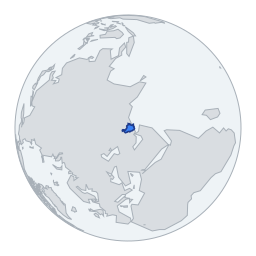 Sistan and Baluchestan on an orthographic globe, rotated 242°
{"feature_id": "IRN-3247", "entity_name": "Sistan and Baluchestan", "entity_type": "Province", "adm_level": 1, "iso_a3": "IRN", "parent_name": "Iran", "parent_adm1": "", "projection": "orthographic", "projection_center": [61.271, 28.254], "detail": "fine", "context": "on_globe", "style": "filled", "palette": "blue", "viewbox_px": 256, "rotation_deg": 242, "n_neighbors": 0, "source": "natural_earth", "source_scale": "10m", "svg_char_len": 12087}
<svg xmlns="http://www.w3.org/2000/svg" viewBox="0 0 256 256"><g transform="rotate(242 128 128)"><circle cx="128" cy="128" r="113" fill="#eef3f6" stroke="#a8b0b8"/><path d="M149.6,17.4L154.1,18.5L159.4,19.9L156.6,19.2L168.2,22.8L175.2,25.8L166.0,22.0L164.1,21.4L168.1,23.0L167.0,22.8L168.3,23.6L166.6,23.3L161.3,21.5L160.1,21.4L163.1,22.6L163.2,23.3L159.1,21.5L158.9,22.6L150.1,20.5L140.4,17.2L134.2,16.9L120.6,16.2L120.5,16.5L115.3,16.9L113.2,17.5L111.3,17.5L111.3,18.0L113.5,17.9L114.2,18.2L113.2,18.6L110.5,18.6L110.7,18.4L109.4,18.6L108.5,18.5L108.3,18.8L105.3,18.9L106.8,19.5L103.0,20.2L101.4,20.1L103.6,19.2L105.3,17.7L104.6,17.8L113.5,16.3L122.5,15.5L131.6,15.4L140.6,16.1L149.6,17.4ZM86.9,23.1L86.3,23.4L90.3,22.0L90.6,22.1L93.9,21.3L91.2,22.6L86.8,24.3L83.9,25.1L81.8,26.0L82.8,26.3L75.7,29.3L68.0,34.0L66.4,34.8L66.4,34.0L71.0,30.9L78.8,26.7L86.9,23.1ZM69.2,31.9L68.7,32.2L66.5,33.6L69.2,31.9ZM62.6,36.3L62.1,36.7L62.7,36.3L60.9,37.6L61.3,37.2L62.6,36.3ZM163.6,21.1L161.2,20.4L163.9,21.2L163.6,21.1ZM168.8,23.8L169.8,24.1L170.1,24.4L168.8,23.8ZM95.2,20.8L94.6,21.0L94.3,21.0L95.2,20.8ZM97.2,20.2L97.3,20.0L98.3,19.8L98.2,19.9L97.2,20.2ZM167.7,24.3L167.7,24.8L166.8,23.9L167.7,24.3ZM96.9,20.6L100.0,19.3L101.8,18.9L102.9,19.1L96.9,20.6ZM167.2,24.9L167.5,26.5L169.8,27.3L163.5,26.2L165.3,25.0L163.7,23.8L165.8,24.7L167.2,24.9ZM114.6,17.7L112.3,17.8L115.1,17.4L114.6,17.7ZM116.3,17.4L124.1,16.2L127.1,16.5L123.8,16.7L128.4,17.0L126.0,17.7L122.9,17.7L121.5,17.3L121.7,17.9L116.3,17.4ZM159.9,25.5L159.2,25.7L159.0,25.2L159.9,25.5ZM114.7,18.3L116.0,17.9L118.7,18.1L116.5,18.9L116.4,18.5L114.7,18.3ZM130.8,16.8L132.4,17.2L130.9,17.9L131.3,18.1L126.2,17.7L130.8,16.8ZM115.3,18.7L115.4,19.3L113.2,19.6L113.6,18.6L115.3,18.7ZM120.3,17.9L121.4,18.0L120.1,18.2L120.3,17.9ZM105.5,21.6L107.1,21.0L108.6,21.0L105.5,21.6ZM115.6,19.5L116.3,19.3L117.1,19.3L116.7,19.8L115.6,19.5ZM125.5,18.3L124.5,18.5L127.5,18.5L126.5,19.1L123.3,18.8L124.2,19.2L123.9,19.4L121.6,18.9L125.5,18.3ZM118.6,20.3L114.2,20.4L111.0,21.4L109.6,21.4L114.9,19.7L118.6,20.3ZM120.6,19.5L119.1,19.9L118.0,19.6L118.5,19.1L120.6,19.5ZM126.9,19.7L129.3,18.8L129.9,18.9L126.9,19.7ZM117.9,20.6L119.0,20.6L117.8,20.7L117.9,20.6ZM124.4,20.0L125.1,19.6L125.8,19.8L124.4,20.0ZM120.5,21.0L119.1,21.0L119.3,20.6L120.5,21.0ZM122.5,20.6L123.2,20.9L120.3,20.4L122.7,20.4L122.5,20.6ZM124.9,20.2L125.6,20.2L124.5,20.3L124.9,20.2ZM120.4,22.7L116.7,22.2L117.2,21.2L120.8,21.8L120.4,22.7ZM21.1,131.6L21.1,112.7L23.5,108.2L25.7,101.1L43.7,86.8L45.6,90.3L57.7,94.0L58.8,95.7L55.3,100.8L62.7,112.1L67.5,108.6L76.3,115.8L83.4,117.5L89.7,107.5L78.0,104.4L78.0,98.6L89.0,96.6L99.6,99.8L99.9,97.7L95.0,91.7L99.2,88.6L93.5,89.3L94.5,91.8L91.0,92.5L89.8,90.3L91.4,89.2L88.7,87.5L82.1,93.6L82.4,96.8L74.3,95.7L74.0,101.0L71.2,102.6L70.6,94.2L72.0,91.7L69.5,81.8L67.2,84.2L69.5,93.9L68.0,92.6L65.0,96.6L66.1,92.6L64.2,81.9L58.1,80.8L47.2,87.9L44.3,86.9L43.2,82.9L50.3,73.2L56.1,76.7L58.6,73.7L60.1,67.9L61.8,69.6L63.1,67.8L65.5,69.0L71.6,66.3L74.4,67.2L79.3,62.2L81.5,62.1L77.9,65.0L77.0,67.7L84.5,70.5L86.7,69.9L89.3,66.5L91.0,67.9L92.5,64.3L98.1,64.6L92.6,61.4L95.5,57.9L100.2,56.2L100.2,54.6L92.5,57.5L90.4,59.3L90.1,61.6L83.3,66.5L80.2,66.5L83.6,59.6L79.6,59.0L84.0,54.3L102.0,48.5L108.2,48.5L113.1,55.5L110.2,57.3L107.0,55.6L107.6,60.4L108.7,58.4L110.1,59.7L113.2,57.1L114.4,58.0L115.4,54.2L117.2,54.9L116.5,57.3L122.7,54.5L127.0,55.6L127.9,54.6L127.5,53.2L133.3,55.7L133.7,54.9L131.9,53.7L131.5,51.4L133.0,48.5L134.9,49.5L134.6,50.7L136.9,54.9L135.9,58.2L136.8,58.4L138.2,55.8L135.3,50.5L135.7,48.5L137.5,50.7L136.9,49.8L137.6,49.1L140.2,49.4L138.4,47.0L144.4,39.4L150.0,39.7L150.9,42.2L157.0,39.0L162.8,40.3L161.2,39.1L163.1,37.3L161.3,36.8L160.6,36.1L164.6,31.9L167.0,32.0L166.9,29.5L166.0,29.0L164.2,28.7L163.5,26.2L169.8,27.3L171.4,28.3L174.2,28.5L177.4,31.0L181.4,33.4L183.3,36.5L186.2,38.4L187.0,38.3L191.7,41.1L198.5,47.7L189.5,42.6L178.6,34.3L182.7,37.6L180.8,37.1L181.6,38.4L184.7,40.9L185.6,41.0L185.2,47.2L190.5,55.6L192.6,53.7L196.0,55.2L203.8,64.6L207.3,81.0L211.8,84.5L213.4,87.4L212.4,90.4L210.0,86.1L207.3,85.5L206.1,82.8L203.8,86.6L202.0,82.9L201.0,87.9L203.5,90.3L206.3,88.1L206.2,94.5L211.5,98.1L214.3,104.3L212.7,118.0L207.8,124.0L207.9,126.2L204.8,124.9L202.5,130.2L209.5,139.6L209.9,142.9L205.2,151.2L204.8,148.8L196.7,145.4L196.4,153.6L202.6,158.1L204.7,164.8L200.5,163.9L198.2,158.1L195.3,156.7L195.2,149.8L191.2,140.4L186.8,143.6L186.4,139.4L180.2,132.1L173.5,136.3L163.4,149.3L163.3,159.9L159.3,164.9L151.0,150.8L148.7,140.6L144.8,141.8L137.0,133.4L121.1,132.8L119.6,130.0L116.5,131.2L111.1,128.1L109.2,123.4L105.6,123.4L111.1,135.7L115.0,135.7L119.4,131.5L120.1,135.7L125.3,139.6L116.8,149.3L94.4,155.8L93.6,147.7L83.4,123.4L84.5,121.0L84.5,120.7L84.4,120.2L82.2,123.9L80.9,119.1L84.8,135.9L84.9,142.6L94.1,156.3L92.9,157.3L96.2,160.3L108.6,158.7L108.3,161.3L101.7,172.4L85.8,185.3L88.7,195.5L88.9,203.3L80.7,206.5L83.2,212.4L79.3,213.2L80.2,216.2L78.0,218.3L73.7,219.4L64.5,216.0L62.6,213.2L55.8,206.1L45.8,189.6L46.6,183.8L45.2,178.0L38.7,162.4L40.0,155.8L38.6,151.9L35.6,150.8L34.2,146.1L32.5,144.8L23.0,139.3L21.1,131.6ZM35.3,96.2L34.3,98.1L35.3,96.2ZM109.3,108.8L116.5,110.1L115.6,103.0L118.3,103.0L117.0,100.7L115.5,102.5L112.7,96.2L116.7,94.7L117.0,91.7L114.6,91.1L107.8,95.1L111.8,103.8L109.1,106.4L109.3,108.8ZM64.2,35.2L63.1,35.9L64.2,35.2ZM60.4,38.7L57.6,40.8L59.7,39.1L59.2,39.2L63.1,36.1L65.8,35.1L63.9,36.0L60.4,38.7ZM69.0,32.1L66.2,33.9L69.1,32.0L69.0,32.1ZM67.9,57.6L67.9,59.3L65.7,60.9L62.1,60.6L65.2,58.1L67.9,57.6ZM68.4,61.4L72.8,55.1L75.2,55.3L73.1,56.2L74.2,57.0L71.2,58.7L69.2,65.4L67.1,67.3L61.6,65.1L64.5,64.6L64.4,62.9L68.4,61.4ZM79.7,41.3L81.6,39.3L84.4,42.3L82.3,43.8L78.5,43.4L78.8,41.3L79.7,41.3ZM98.3,21.5L98.8,21.1L99.5,21.0L99.7,21.4L98.3,21.5ZM106.1,21.3L96.6,23.5L96.7,23.1L90.9,25.3L89.1,25.1L92.9,23.6L87.2,25.3L89.9,23.8L85.9,25.2L94.6,21.9L96.8,20.9L95.0,22.0L96.7,22.2L98.0,22.0L103.6,20.8L109.1,19.0L111.6,19.2L111.9,19.8L110.9,20.2L109.6,19.9L109.3,20.7L106.7,20.7L106.1,21.3ZM113.9,30.5L112.7,29.3L111.6,32.2L109.0,31.6L109.0,32.0L106.3,32.3L103.0,33.5L102.1,33.0L101.3,33.7L99.4,34.0L97.9,34.8L95.8,34.3L93.8,35.4L93.9,34.6L91.0,36.5L92.2,34.9L89.9,35.4L90.0,36.7L82.1,33.5L77.9,33.9L73.7,35.3L76.3,32.7L81.9,29.9L88.5,27.7L92.2,27.9L92.7,26.9L94.6,26.7L93.4,27.6L96.4,26.2L97.7,26.3L103.6,25.3L107.1,23.5L109.4,23.2L108.6,24.0L111.4,23.2L111.4,24.6L113.0,24.5L114.7,25.9L112.3,27.7L114.3,27.5L115.6,28.7L113.9,30.5ZM120.8,23.1L118.5,25.1L115.9,25.9L114.1,23.1L112.6,23.0L111.4,21.6L115.1,20.6L115.1,21.1L116.0,21.4L114.5,21.6L116.4,21.6L116.5,22.3L118.0,22.5L116.8,23.1L120.8,23.1ZM61.4,94.4L62.6,95.2L64.6,95.8L62.8,98.5L61.4,94.4ZM60.0,87.1L61.2,87.3L59.6,91.0L58.4,90.3L60.0,87.1ZM63.2,84.4L61.4,87.0L61.7,85.2L63.2,84.4ZM79.2,65.1L80.7,65.2L80.3,66.0L78.9,67.0L79.2,65.1ZM110.1,40.1L109.9,39.0L110.6,38.8L112.3,36.4L114.4,36.9L114.2,38.5L110.1,40.1ZM86.9,108.8L84.0,110.4L83.3,109.1L84.4,108.8L86.9,108.8ZM72.2,104.4L74.9,106.8L71.7,105.1L72.2,104.4ZM112.7,40.2L113.1,39.1L113.9,40.0L112.7,40.2ZM116.0,37.1L117.2,37.9L114.9,36.7L116.0,37.1ZM137.9,237.4L139.4,237.7L137.5,237.9L137.9,237.4ZM107.6,204.6L103.0,216.7L97.8,216.1L95.7,212.3L96.7,204.7L102.4,203.2L105.0,199.7L107.6,204.6ZM221.9,172.6L223.6,171.8L223.5,172.3L221.9,172.6ZM220.2,172.2L222.3,171.1L219.6,173.4L220.2,172.2ZM223.1,170.6L225.2,168.4L226.1,167.1L225.9,168.1L223.1,170.6ZM218.7,173.1L209.6,177.4L205.8,177.9L206.9,175.8L213.1,173.6L218.7,173.1ZM206.6,175.9L200.5,173.6L190.7,162.5L194.3,161.8L204.2,167.1L203.6,168.8L207.3,171.1L206.6,175.9ZM220.6,160.9L219.9,165.5L215.1,167.7L212.8,168.0L211.3,163.2L212.2,159.9L214.1,159.1L220.5,145.7L223.0,146.8L221.3,152.1L223.2,154.9L220.6,160.9ZM163.9,160.8L167.0,166.5L164.6,167.8L163.9,160.8ZM222.3,137.3L220.3,143.1L221.9,136.0L222.3,137.3ZM222.8,131.0L223.3,133.1L221.9,131.6L222.8,131.0ZM208.6,129.3L206.6,130.7L206.2,129.2L208.5,126.5L208.6,129.3ZM216.4,109.5L217.8,114.2L218.0,116.0L216.4,113.6L216.4,109.5ZM131.2,44.2L126.5,46.9L124.5,49.5L125.6,51.9L122.1,49.9L125.2,45.8L131.2,44.2ZM142.6,39.7L141.6,38.0L143.3,38.2L143.8,38.6L142.6,39.7ZM141.1,39.0L137.4,37.9L137.7,36.6L140.6,37.7L141.1,39.0ZM124.9,38.6L123.4,39.3L122.8,38.5L124.9,38.6ZM218.4,195.2L218.3,195.3L205.1,208.9L203.1,209.8L205.6,207.1L207.8,201.1L208.6,200.8L210.5,195.9L219.5,186.8L226.5,174.7L229.1,172.6L232.6,164.1L234.6,161.7L232.7,167.7L233.3,167.9L237.4,154.3L236.6,158.0L234.1,165.9L231.0,173.7L227.3,181.1L223.1,188.3L218.4,195.2ZM226.0,170.1L228.7,165.1L229.8,163.9L226.0,170.1ZM238.9,147.9L238.9,147.2L237.9,152.0L236.3,155.0L237.0,152.2L237.1,149.6L234.7,151.8L234.2,150.5L235.3,147.9L233.3,148.5L235.5,145.2L236.2,148.3L237.3,143.7L238.7,142.0L239.6,140.9L239.8,141.9L239.6,143.6L239.5,144.0L238.9,147.9ZM235.0,154.3L235.3,153.8L234.9,155.4L235.0,154.3ZM230.5,155.3L230.4,156.5L229.7,156.2L230.5,155.3ZM231.5,153.8L233.3,153.3L231.2,155.0L231.5,153.8ZM224.5,155.1L225.2,157.4L227.5,154.0L225.7,157.8L227.0,161.1L226.4,163.2L225.2,159.4L224.3,164.8L223.2,165.4L222.9,161.5L224.1,155.5L225.1,152.7L229.2,148.9L224.5,155.1ZM231.5,150.5L231.0,147.8L231.3,145.3L232.0,146.5L231.5,150.5ZM228.9,141.5L226.8,139.0L225.4,141.5L227.9,134.1L229.5,137.7L228.9,141.5ZM226.5,134.3L225.2,136.7L226.3,132.6L226.5,134.3ZM224.6,135.7L224.0,133.2L225.3,132.7L224.6,135.7ZM227.3,133.9L226.8,129.3L227.8,131.5L227.3,133.9ZM222.4,127.7L225.8,130.2L222.1,130.6L220.0,122.2L221.4,121.1L222.4,127.7ZM218.0,88.4L216.6,86.3L217.3,84.9L218.1,86.8L218.0,88.4ZM218.4,79.2L217.0,83.9L215.7,88.0L217.0,88.5L218.4,92.9L215.4,90.1L215.0,84.4L216.3,82.0L214.7,78.5L214.6,75.2L211.9,71.5L211.3,69.3L214.1,72.1L218.4,79.2ZM210.6,70.0L205.8,63.2L208.1,62.5L209.6,63.9L210.9,67.2L209.6,67.3L210.6,70.0ZM205.3,61.5L204.1,61.6L194.4,53.8L192.9,52.0L201.4,57.2L200.7,57.7L202.7,59.8L205.3,61.5ZM160.4,26.2L159.3,25.8L160.4,25.9L160.4,26.2ZM159.6,35.9L158.9,35.1L160.2,35.1L159.6,35.9ZM157.7,32.7L156.7,33.3L157.0,32.3L157.7,32.7ZM154.6,34.8L155.9,33.3L155.8,35.4L154.6,34.8Z" fill="#d9dde1" stroke="#a8b0b8" stroke-width="1"/><path d="M128.6,121.8L128.8,122.0L128.9,122.3L128.9,122.5L128.9,122.8L128.7,123.1L128.5,123.4L128.3,123.6L128.2,123.8L128.0,124.0L127.9,124.1L127.8,124.3L127.5,124.6L127.4,124.7L127.3,124.8L127.4,125.0L127.5,125.1L127.6,125.3L127.9,125.6L128.0,125.7L128.0,125.8L128.1,126.0L128.3,126.2L128.3,126.3L128.3,126.5L128.5,126.7L128.5,126.8L128.6,127.0L128.8,127.2L128.9,127.3L129.0,127.4L129.2,127.5L129.3,127.5L129.5,127.5L129.9,127.7L130.0,127.7L130.0,127.8L130.2,128.0L130.3,128.0L130.5,128.0L130.6,128.3L130.5,128.5L130.6,128.8L130.7,129.1L130.7,129.4L130.7,129.5L130.6,129.8L130.6,130.0L130.8,130.0L131.0,130.0L131.3,129.9L131.4,130.0L131.5,130.0L131.5,130.3L131.4,130.3L131.4,130.6L131.5,130.6L131.4,130.7L131.4,130.8L131.3,131.1L131.2,131.2L130.9,131.2L130.7,131.2L130.4,131.2L130.4,131.3L130.0,131.3L129.9,131.4L129.8,131.5L129.7,131.6L129.8,131.7L129.7,131.7L129.5,131.8L129.4,131.8L129.2,131.9L129.0,132.0L128.9,132.2L128.9,132.3L128.9,132.6L128.9,132.8L128.7,132.8L128.7,133.0L128.7,133.3L128.6,133.5L128.6,133.8L128.6,134.0L128.5,133.9L128.5,134.0L128.4,134.0L128.5,134.1L128.4,134.1L128.3,134.3L128.0,134.2L127.8,134.2L127.6,134.0L127.3,133.9L127.0,133.9L126.9,133.9L126.8,133.7L126.7,133.5L126.4,133.6L126.5,133.7L126.5,133.8L126.4,133.8L126.4,133.7L126.2,133.6L126.1,133.8L126.0,133.7L125.9,133.7L125.7,133.7L125.4,133.6L125.1,133.6L124.9,133.6L124.7,133.5L124.4,133.5L124.5,133.5L124.5,133.4L124.4,133.4L124.4,133.2L124.2,133.1L124.1,132.9L123.8,132.6L123.7,132.5L123.7,132.4L123.8,132.3L123.8,132.2L123.8,131.9L123.8,131.7L123.9,131.4L123.8,131.2L123.8,130.8L123.7,130.7L123.7,130.4L123.6,130.2L123.9,129.2L123.9,128.3L124.1,128.0L124.1,127.8L124.1,127.7L123.9,127.6L124.0,127.5L124.2,127.4L124.6,127.2L124.7,126.9L124.7,126.7L124.7,126.4L124.8,126.2L124.9,125.8L124.8,125.4L124.8,125.2L124.7,125.2L125.0,123.4L126.4,123.0L126.5,123.1L126.9,123.3L127.2,123.7L127.3,123.8L127.5,123.8L127.6,123.7L127.5,123.3L127.5,123.1L127.6,122.6L127.7,122.3L127.8,122.1L127.8,121.8L127.8,121.7L128.0,121.8L128.4,121.8L128.6,121.8Z" fill="#3b82f6" stroke="#1e3a8a" stroke-width="1.5"/></g></svg>